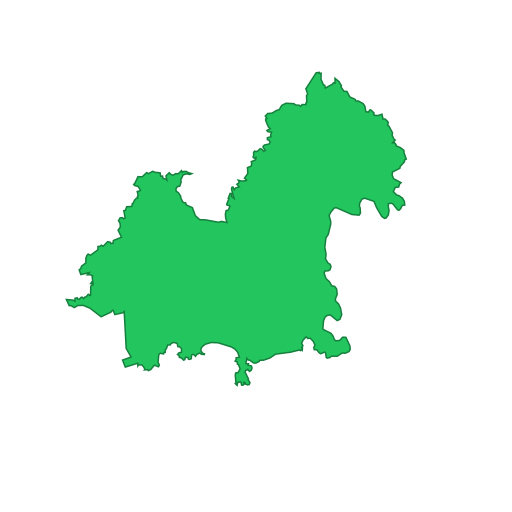 the district of Cihuatlán, Jalisco, Mexico, rotated 327°
{"feature_id": "50627088B34623658197151", "entity_name": "Cihuatlán", "entity_type": "district", "adm_level": 2, "iso_a3": "MEX", "parent_name": "Mexico", "parent_adm1": "Jalisco", "projection": "robinson", "projection_center": [-104.64, 19.263], "detail": "fine", "context": "isolated", "style": "filled", "palette": "green", "viewbox_px": 512, "rotation_deg": 327, "n_neighbors": 0, "source": "geoboundaries", "source_scale": "gbopen_adm2", "svg_char_len": 6140}
<svg xmlns="http://www.w3.org/2000/svg" viewBox="0 0 512 512"><g transform="rotate(327 256 256)"><path d="M434.1,238.8L433.9,236.5L432.3,235.5L435.9,234.6L435.4,233.4L435.9,228.9L437.6,227.0L438.2,219.5L437.7,217.9L439.5,216.3L439.7,215.2L438.9,211.4L437.1,210.4L438.9,205.7L434.7,204.6L432.1,202.6L431.7,201.4L432.9,200.3L431.8,195.9L430.9,195.5L428.8,196.6L426.7,194.8L428.9,189.7L428.8,186.5L426.3,181.8L424.3,180.5L424.4,178.5L421.3,173.7L421.9,167.5L419.5,165.8L419.3,160.5L420.4,159.8L420.6,155.0L419.0,150.0L416.5,154.0L415.2,152.9L413.9,153.5L405.6,152.9L406.6,150.4L405.8,149.0L406.8,143.1L410.2,138.2L408.5,137.3L409.1,136.5L406.3,135.1L388.9,142.9L387.6,148.2L385.7,149.0L382.3,154.8L381.5,154.7L380.1,156.1L377.2,154.1L374.9,154.8L374.4,153.1L371.4,150.9L370.8,148.9L364.3,144.2L359.6,143.7L355.2,145.9L352.6,145.1L347.2,144.9L343.5,142.9L340.0,143.7L340.1,146.5L338.7,146.4L337.9,147.7L336.7,154.3L337.2,157.0L333.5,156.6L333.7,158.3L336.5,160.6L334.1,162.5L333.6,164.1L329.9,163.0L328.9,164.7L329.9,165.9L330.0,168.2L328.0,169.2L323.5,167.5L321.7,167.8L321.1,169.0L321.6,172.4L319.6,172.6L319.3,170.2L318.1,168.3L314.1,168.9L312.7,168.4L312.1,167.3L310.5,167.7L308.8,170.4L307.4,171.3L307.7,173.0L309.7,173.2L308.1,175.1L303.4,174.3L302.6,176.4L300.8,178.0L297.0,177.2L294.0,182.4L288.7,184.4L289.5,186.9L289.0,187.5L284.8,185.4L282.4,182.7L282.2,184.4L281.4,185.4L279.0,185.4L279.6,188.9L275.7,187.8L273.8,188.6L274.2,185.5L273.0,185.3L271.7,186.9L269.0,195.8L267.9,192.7L269.6,190.3L268.3,189.4L264.1,192.5L264.5,193.2L259.6,196.6L259.5,197.6L261.3,199.5L260.9,200.3L257.5,202.5L255.7,201.6L253.2,204.1L251.3,207.5L249.9,212.1L245.8,208.1L243.0,207.3L233.1,198.0L228.6,194.9L227.1,189.1L229.0,180.8L225.4,175.4L225.9,173.0L224.7,172.3L224.0,170.7L224.6,166.1L225.4,164.8L225.4,160.7L224.4,158.3L225.1,156.4L227.7,154.9L229.9,155.9L230.7,155.5L233.6,153.1L234.2,151.3L239.1,148.3L242.5,149.3L244.9,151.6L247.0,151.9L244.4,149.0L243.7,147.2L241.3,145.6L239.7,145.6L240.0,143.8L235.4,144.7L233.5,143.1L230.7,143.2L229.0,141.2L228.6,138.9L224.1,139.8L222.6,143.7L222.3,142.4L220.2,140.4L221.2,138.1L219.5,137.2L220.9,134.0L216.9,130.8L215.5,128.7L210.8,128.4L209.7,126.5L203.8,127.6L200.2,125.2L193.7,129.2L192.4,129.3L192.6,130.9L195.0,133.3L195.0,137.7L194.3,138.2L191.5,137.2L190.3,140.7L188.8,141.7L188.4,143.0L187.2,142.4L184.6,143.0L181.5,145.0L180.9,144.6L178.9,146.8L174.4,144.3L171.2,146.6L169.8,146.0L166.9,153.0L165.2,152.6L164.9,151.1L162.8,150.0L159.9,151.5L159.8,154.5L158.0,157.8L154.4,159.2L153.4,167.0L145.3,165.4L144.4,165.6L143.2,167.5L140.9,166.3L141.2,165.0L139.4,163.2L133.1,164.6L132.2,162.7L130.3,162.9L128.7,161.9L126.7,164.7L117.6,165.2L116.3,163.0L114.6,163.4L112.1,165.2L109.6,169.1L104.1,169.5L102.3,171.0L100.1,171.3L99.0,176.2L107.0,179.1L104.3,179.9L107.0,181.6L108.1,183.9L107.2,184.4L104.3,190.2L104.0,188.4L102.3,189.1L103.2,189.8L103.1,191.2L100.9,191.4L95.9,198.8L95.0,198.7L94.8,197.0L94.0,196.8L91.2,197.8L90.2,197.2L88.2,197.7L87.7,195.7L86.2,195.4L84.5,196.1L83.1,195.1L83.3,193.7L81.2,192.9L79.5,195.2L78.6,193.4L73.3,189.2L72.3,195.9L73.9,197.0L75.5,200.3L79.7,200.5L84.3,203.4L88.4,209.5L93.0,222.6L103.7,224.1L106.0,223.3L106.6,223.9L105.7,228.2L113.4,231.1L115.2,230.8L96.8,262.8L96.2,272.7L87.4,270.6L85.9,278.0L98.4,281.5L97.1,283.8L98.1,283.3L100.9,285.1L101.4,287.9L101.1,290.6L100.5,290.8L103.3,292.4L103.3,293.5L106.0,293.9L111.3,292.2L113.9,295.8L115.5,294.9L116.1,291.6L120.9,285.6L122.8,285.5L125.1,287.8L126.2,286.9L127.4,287.4L128.8,285.2L130.3,285.0L133.4,282.6L135.8,283.9L136.9,283.2L139.7,283.5L142.3,286.3L141.1,289.5L142.6,290.7L143.0,293.4L140.9,296.2L138.7,295.2L136.5,295.9L137.3,297.4L136.5,299.3L137.9,300.9L138.6,304.0L139.8,304.1L141.8,302.6L143.8,304.1L143.1,305.5L143.9,306.5L145.8,306.9L147.9,304.1L149.2,304.0L150.2,304.9L150.6,307.2L152.9,306.3L155.9,306.8L156.8,308.8L159.0,310.5L159.5,310.0L158.2,308.3L158.2,305.6L159.0,304.1L161.5,302.7L165.5,302.4L171.2,304.1L177.0,308.2L186.0,319.1L187.7,322.9L188.2,326.6L187.0,331.8L183.8,330.6L183.1,331.9L181.2,332.8L182.6,334.5L181.5,336.5L182.1,337.5L181.2,342.0L177.5,344.0L175.2,343.0L173.6,344.8L170.2,351.3L169.1,351.6L169.7,354.2L171.8,352.1L174.7,353.3L173.6,356.5L174.5,357.2L177.0,357.1L176.5,355.5L177.2,355.3L177.9,356.7L177.3,357.5L178.7,359.5L180.3,360.1L182.0,358.9L182.0,355.5L182.7,355.0L183.7,347.2L185.2,346.2L186.0,346.8L187.4,346.5L187.6,349.3L188.2,349.3L189.9,349.2L191.7,347.7L192.3,345.7L189.9,343.3L191.0,342.2L189.4,341.5L189.0,340.6L192.6,336.8L192.8,339.0L194.1,340.1L195.7,344.4L197.5,345.7L201.1,346.2L202.3,345.5L205.6,347.5L212.1,349.1L219.0,349.0L232.6,355.5L240.7,358.3L242.0,359.7L243.3,359.3L243.4,360.2L244.9,358.5L244.5,357.6L246.5,356.8L246.7,354.1L249.6,352.2L254.0,351.1L254.5,353.4L256.7,354.4L257.5,358.9L256.9,362.9L254.6,364.2L253.8,366.3L256.0,367.9L256.2,371.5L257.0,373.2L261.3,374.0L261.5,375.3L259.7,379.2L260.0,380.4L262.7,381.4L264.6,381.0L269.5,384.3L275.4,384.3L277.8,386.1L281.9,386.8L284.0,385.8L285.8,382.6L287.1,373.1L284.4,371.3L280.1,372.4L276.7,370.5L276.2,368.8L277.0,365.2L276.8,361.7L272.5,354.4L272.6,353.2L277.4,347.1L280.2,345.1L282.8,344.5L286.2,345.8L288.9,354.4L291.9,354.8L296.0,351.8L298.6,345.4L299.1,341.0L298.2,337.0L299.5,335.0L303.2,332.4L305.7,327.5L305.4,324.3L303.3,322.2L303.6,317.5L302.4,313.2L303.8,307.4L305.6,306.2L308.7,307.8L310.5,307.9L313.1,305.8L313.7,303.4L312.6,301.3L312.7,296.4L315.7,292.7L318.5,286.1L324.5,278.9L328.3,277.3L336.0,270.0L337.5,267.7L339.3,261.9L342.8,259.9L347.8,258.4L349.7,259.3L359.0,273.4L364.7,277.9L367.0,276.9L369.5,272.5L369.9,270.5L371.7,268.2L375.8,266.0L378.6,266.7L384.7,274.4L383.5,281.0L383.0,291.2L384.2,294.4L385.8,295.0L389.3,293.7L392.4,290.3L393.9,286.5L395.5,284.3L398.0,285.2L399.2,286.8L399.8,294.1L400.7,295.5L402.9,295.2L406.3,293.2L408.5,294.3L410.2,290.9L410.4,287.3L408.6,282.9L407.3,281.7L406.2,276.9L410.2,274.3L413.2,275.9L415.5,273.9L417.6,273.5L413.5,266.1L414.3,262.2L416.3,259.9L424.4,260.8L425.8,259.4L431.4,258.0L433.1,256.4L434.8,256.6L436.3,250.2L437.6,248.0L436.1,243.7L433.6,240.1L434.1,238.8Z" fill="#22c55e" stroke="#15803d" stroke-width="1.5"/></g></svg>